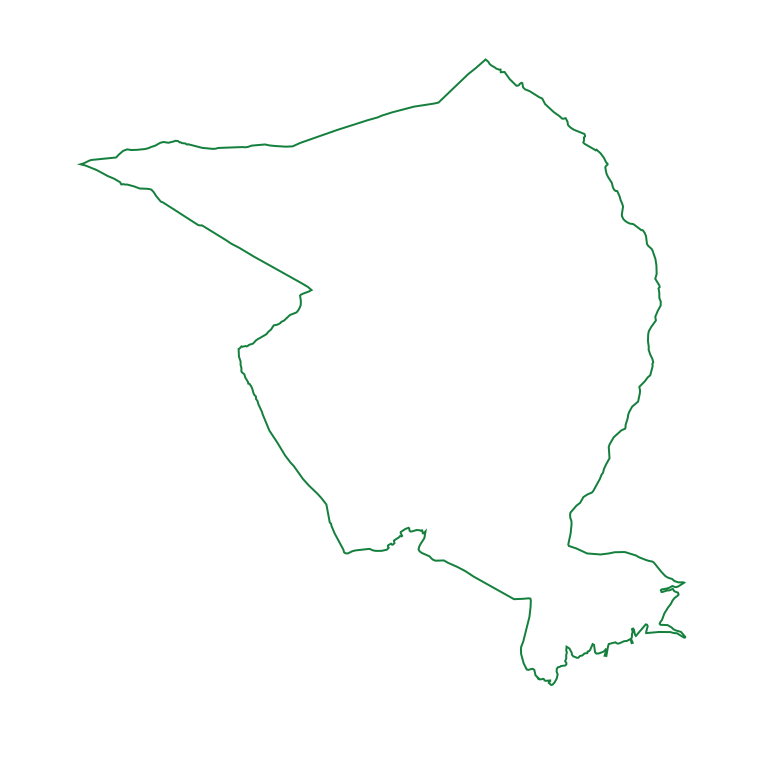 Poplaca, Sibiu, Romania, rotated 265°
{"feature_id": "2599482B75853154347523", "entity_name": "Poplaca", "entity_type": "district", "adm_level": 2, "iso_a3": "ROU", "parent_name": "Romania", "parent_adm1": "Sibiu", "projection": "equal_earth", "projection_center": [24.032, 45.739], "detail": "fine", "context": "isolated", "style": "outline", "palette": "green", "viewbox_px": 768, "rotation_deg": 265, "n_neighbors": 0, "source": "geoboundaries", "source_scale": "gbopen_adm2", "svg_char_len": 6112}
<svg xmlns="http://www.w3.org/2000/svg" viewBox="0 0 768 768"><g transform="rotate(265 384 384)"><path d="M159.9,665.7L160.3,665.1L160.8,659.7L162.4,656.2L164.7,654.0L166.2,650.2L168.2,647.5L172.7,643.9L182.6,637.3L183.7,635.9L184.7,632.4L186.0,629.3L189.2,622.9L191.2,620.1L195.4,609.8L195.7,608.4L196.3,599.1L195.6,593.2L195.3,584.8L197.5,571.6L203.4,561.3L206.6,554.0L208.2,553.6L218.9,556.9L227.9,558.6L231.0,558.8L234.1,558.0L236.9,557.9L239.6,558.5L246.1,565.2L248.5,569.0L254.0,572.8L256.4,577.4L257.6,581.4L259.0,583.0L270.8,590.9L274.5,592.7L276.6,594.5L279.9,595.6L284.5,598.2L290.4,602.2L301.7,602.4L304.2,603.5L310.9,608.2L317.2,616.5L318.4,620.2L319.6,620.8L322.1,621.1L328.7,623.8L331.7,624.5L334.4,625.6L339.8,629.2L344.3,635.6L352.6,638.1L355.2,638.5L358.9,638.1L363.9,644.0L367.6,647.3L369.5,650.0L378.4,653.2L380.6,653.1L382.0,654.1L385.4,653.6L390.1,651.8L395.2,650.6L397.6,651.0L403.8,650.7L410.3,651.5L413.6,652.4L417.7,655.3L423.6,660.4L427.3,660.1L433.2,663.2L437.9,666.4L441.9,666.9L445.6,665.8L451.2,666.2L455.3,665.8L456.6,667.1L458.1,666.9L465.2,663.4L469.8,665.2L478.2,665.7L484.8,665.3L493.7,663.1L495.2,662.4L498.8,659.1L500.6,658.2L508.5,657.9L511.9,656.8L514.2,655.5L514.8,654.8L514.8,653.8L521.5,646.4L522.5,642.6L523.5,640.9L525.3,638.6L527.3,636.9L530.3,635.7L532.1,635.7L539.9,637.6L542.9,637.0L546.2,635.8L550.3,635.1L555.8,633.2L556.2,631.4L557.7,630.1L559.9,629.2L564.5,628.5L570.8,625.2L574.1,624.0L580.3,623.3L581.6,623.9L583.2,625.9L584.2,625.8L585.0,624.8L590.3,622.7L595.0,619.8L598.9,616.1L598.3,615.4L605.8,604.7L607.2,603.6L609.3,604.5L612.2,604.7L613.0,605.8L614.2,605.9L615.6,605.4L620.7,595.4L623.0,592.4L625.3,590.3L626.4,589.8L629.2,589.7L633.0,588.1L632.6,585.8L632.9,584.5L635.6,582.1L640.1,576.8L648.8,568.9L654.6,566.5L656.2,563.6L663.1,554.5L665.3,550.1L667.4,548.4L671.7,548.0L672.1,547.1L671.2,545.5L670.0,544.4L669.5,543.2L669.6,541.9L676.7,535.8L684.3,531.3L684.4,527.5L687.1,527.5L687.2,525.9L688.5,523.2L689.8,521.9L691.8,518.9L693.7,517.0L695.8,516.1L698.4,513.5L690.8,503.1L685.3,494.8L659.6,462.8L659.0,458.2L657.7,438.0L654.0,416.3L651.6,405.4L650.1,400.8L648.3,391.1L641.0,358.9L631.4,321.4L628.7,313.7L629.0,306.8L630.5,296.8L631.6,290.9L633.0,286.3L633.0,272.9L632.0,268.9L631.9,266.5L632.4,263.3L633.6,239.5L633.1,236.8L633.1,234.3L635.1,223.4L639.9,209.9L639.7,208.6L641.0,206.9L641.6,203.6L642.5,202.5L642.5,201.6L644.0,199.9L644.5,197.1L644.0,196.0L643.1,190.2L644.3,185.6L643.8,182.2L641.3,176.7L640.3,172.1L639.7,170.9L638.9,166.6L638.8,158.6L639.1,152.8L640.1,148.6L639.0,144.5L635.8,140.0L633.0,136.9L632.7,112.7L632.4,110.5L629.8,103.5L629.3,100.9L627.5,106.0L622.0,116.7L615.2,127.0L612.1,132.9L608.0,138.7L605.7,139.7L605.8,142.0L605.2,143.5L605.1,145.5L602.7,152.1L600.0,157.8L599.2,164.6L598.6,167.4L597.9,169.2L595.2,171.3L591.3,173.3L585.2,177.5L584.1,179.7L558.5,212.8L557.9,215.0L557.9,216.5L540.8,239.5L537.0,244.2L532.0,252.1L522.6,265.0L492.6,309.2L487.3,316.7L483.9,320.0L482.6,316.9L481.0,311.0L480.3,309.2L479.4,308.1L473.7,308.4L469.8,307.9L467.2,306.6L464.8,304.9L463.3,303.5L462.7,302.5L461.0,296.4L455.8,289.8L454.9,287.2L453.7,286.0L453.0,284.5L452.4,282.9L452.0,279.2L448.2,276.3L445.9,273.1L443.9,271.3L439.0,260.8L435.6,256.9L434.8,253.1L433.6,251.2L433.5,250.1L433.9,249.3L433.4,246.1L433.9,245.3L432.0,243.3L431.5,242.2L423.9,241.9L418.9,243.1L415.4,242.8L412.2,243.4L409.3,243.0L408.1,243.4L405.9,245.7L402.4,246.4L398.1,248.6L396.1,248.9L395.9,250.0L393.0,251.6L390.1,252.5L386.2,253.2L384.7,253.7L382.7,255.3L380.3,255.2L378.1,256.5L374.8,257.1L366.6,260.1L364.6,260.4L347.5,265.8L334.2,273.0L321.5,279.2L313.6,284.2L310.1,287.0L296.3,295.1L289.3,300.4L280.4,308.2L275.8,311.7L269.0,316.1L250.8,317.9L249.4,319.1L247.3,319.3L239.7,321.7L222.5,329.1L220.0,329.5L219.1,330.4L218.5,331.7L218.4,333.3L220.2,337.9L220.7,341.0L221.0,353.6L221.0,355.3L219.5,357.9L218.7,360.1L218.3,362.9L218.0,367.2L218.7,372.4L220.4,374.4L221.7,373.7L222.6,373.8L223.2,374.5L224.3,377.1L223.2,378.1L223.2,378.8L224.4,380.5L227.2,380.3L230.0,385.6L231.1,386.7L230.7,388.3L231.1,388.8L234.2,387.6L235.1,387.8L237.8,392.8L238.6,396.0L238.0,396.5L235.6,396.7L234.7,397.6L234.7,398.9L235.7,403.8L235.2,406.7L234.5,408.0L235.0,408.6L234.8,409.3L231.9,409.7L231.8,410.4L233.6,412.5L227.0,410.8L221.3,406.4L218.9,404.9L216.1,404.0L214.2,404.9L212.3,407.1L208.4,414.3L206.0,416.1L204.5,417.8L203.5,419.9L203.0,428.3L200.4,432.0L195.2,441.4L190.2,449.1L184.4,456.4L158.3,494.8L157.9,503.7L157.9,509.0L157.5,511.1L155.5,511.4L149.2,510.6L139.4,508.6L115.1,500.2L110.1,497.7L106.9,497.2L102.9,497.1L93.5,498.8L87.2,501.3L86.6,503.0L87.1,505.1L87.3,507.4L86.1,508.8L80.5,509.6L77.8,512.0L78.0,511.4L76.8,512.0L76.2,513.1L76.1,514.9L76.5,516.7L76.0,517.6L74.7,518.1L74.2,519.3L74.2,523.7L73.3,523.6L73.2,522.3L71.8,522.1L69.6,524.4L69.8,525.7L71.7,527.8L75.5,530.4L79.6,531.7L82.3,530.9L85.2,531.3L86.7,532.7L86.9,534.6L87.6,535.7L87.8,540.2L88.8,541.2L90.2,541.4L92.1,540.3L94.7,541.7L97.8,541.8L100.9,542.8L102.6,542.3L106.4,543.0L104.3,545.7L99.8,547.6L98.0,547.6L96.3,548.7L94.3,552.6L94.5,553.9L95.9,555.4L96.3,557.9L98.1,560.3L98.2,563.1L99.7,563.5L100.1,565.1L101.2,566.2L106.7,569.2L105.8,570.5L98.3,570.9L96.9,572.1L96.9,574.7L98.2,579.2L99.3,580.9L101.1,582.2L97.7,581.6L94.1,580.1L93.7,581.8L103.4,584.4L105.4,585.3L106.5,592.0L105.5,593.1L105.0,594.4L105.1,595.8L106.8,600.6L106.9,603.7L108.5,607.4L104.3,608.1L104.5,609.2L108.6,607.9L109.9,608.8L113.5,609.3L115.2,610.1L118.2,609.7L118.7,610.8L117.4,611.6L112.5,612.1L111.1,613.0L121.7,623.8L121.3,625.0L119.8,625.6L114.0,623.5L113.0,623.5L113.0,636.4L111.9,647.7L110.6,651.1L110.2,654.0L105.3,660.7L105.1,661.5L105.4,662.0L105.9,662.0L111.2,658.2L113.2,652.9L114.4,651.0L116.4,649.3L119.1,645.5L120.0,638.5L121.1,637.7L122.9,638.6L124.6,640.3L131.2,643.4L136.7,647.6L139.8,650.5L143.2,652.6L145.6,654.9L147.3,657.8L148.5,659.1L150.5,658.7L152.2,655.2L154.7,653.8L153.5,650.2L153.7,648.4L152.6,643.5L152.6,642.4L154.4,641.8L155.1,642.5L155.6,647.9L156.2,650.4L157.6,653.7L156.4,656.2L156.2,657.6L156.7,659.5L159.9,665.7Z" fill="none" stroke="#15803d" stroke-width="2"/></g></svg>